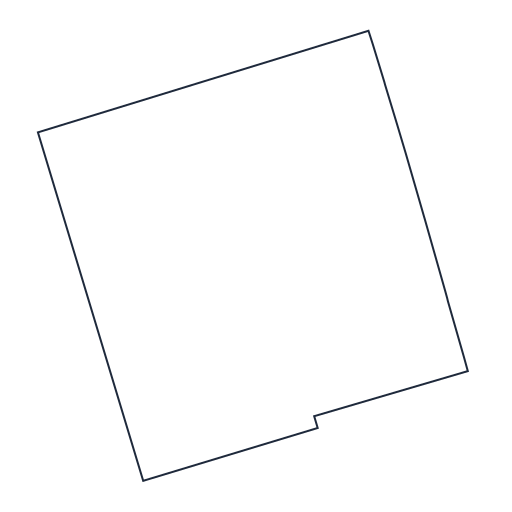 outline of Taylor, Iowa, United States of America, rotated 253°
{"feature_id": "52423323B56193221879017", "entity_name": "Taylor", "entity_type": "district", "adm_level": 2, "iso_a3": "USA", "parent_name": "United States of America", "parent_adm1": "Iowa", "projection": "orthographic", "projection_center": [-94.694, 40.736], "detail": "fine", "context": "isolated", "style": "outline", "palette": "slate", "viewbox_px": 512, "rotation_deg": 253, "n_neighbors": 0, "source": "geoboundaries", "source_scale": "gbopen_adm2", "svg_char_len": 446}
<svg xmlns="http://www.w3.org/2000/svg" viewBox="0 0 512 512"><g transform="rotate(253 256 256)"><path d="M438.5,429.4L438.0,83.6L74.0,82.4L73.5,264.7L85.8,264.8L84.0,424.9L94.7,425.2L98.4,425.3L156.8,426.3L159.8,426.5L166.8,426.7L196.6,427.3L242.4,428.2L243.8,428.2L269.6,428.6L310.0,429.2L340.4,429.4L381.8,429.5L382.1,429.5L384.9,429.6L385.9,429.6L388.4,429.6L424.1,429.6L438.5,429.4Z" fill="none" stroke="#1e293b" stroke-width="2"/></g></svg>